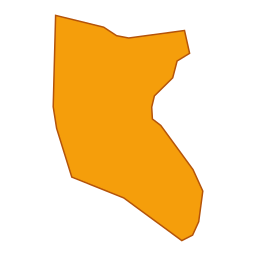 SVG path tracing the border of Naklo
{"feature_id": "SVN-1015", "entity_name": "Naklo", "entity_type": "Municipality", "adm_level": 1, "iso_a3": "SVN", "parent_name": "Slovenia", "parent_adm1": "", "projection": "mercator", "projection_center": [14.309, 46.29], "detail": "fine", "context": "isolated", "style": "filled", "palette": "amber", "viewbox_px": 256, "rotation_deg": 0, "n_neighbors": 0, "source": "natural_earth", "source_scale": "10m", "svg_char_len": 382}
<svg xmlns="http://www.w3.org/2000/svg" viewBox="0 0 256 256"><path d="M184.5,30.5L189.6,53.3L177.1,61.0L172.7,77.8L154.4,95.9L151.7,107.1L152.4,119.0L160.8,125.5L193.0,169.6L202.8,191.1L198.7,221.7L192.6,235.1L181.8,240.6L123.7,197.9L71.8,177.1L56.6,128.3L53.2,106.8L55.6,15.4L103.7,27.2L116.6,35.7L128.7,38.0L184.5,30.5Z" fill="#f59e0b" stroke="#b45309" stroke-width="1.5"/></svg>